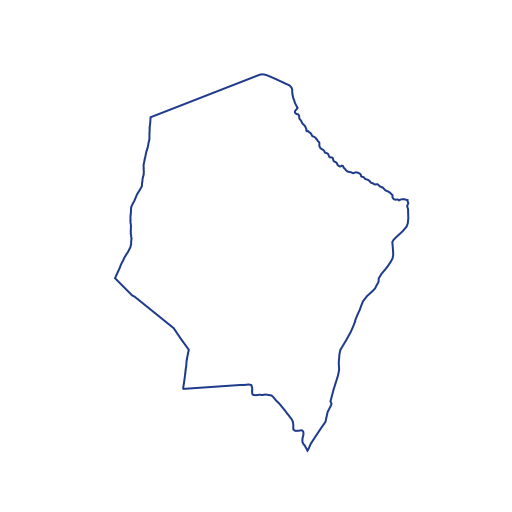 Nangade, Cabo Delgado, Mozambique (Mercator projection), rotated 134°
{"feature_id": "85939544B17838134976629", "entity_name": "Nangade", "entity_type": "district", "adm_level": 2, "iso_a3": "MOZ", "parent_name": "Mozambique", "parent_adm1": "Cabo Delgado", "projection": "mercator", "projection_center": [39.787, -11.149], "detail": "fine", "context": "isolated", "style": "outline", "palette": "blue", "viewbox_px": 512, "rotation_deg": 134, "n_neighbors": 0, "source": "geoboundaries", "source_scale": "gbopen_adm2", "svg_char_len": 6092}
<svg xmlns="http://www.w3.org/2000/svg" viewBox="0 0 512 512"><g transform="rotate(134 256 256)"><path d="M402.0,215.9L359.8,177.8L359.6,177.5L358.8,176.9L357.3,175.2L356.8,174.9L356.6,174.5L356.0,174.0L355.4,173.7L355.1,173.3L353.3,171.8L352.1,169.7L353.4,167.3L354.2,166.5L354.5,166.1L354.9,165.9L355.2,165.5L355.6,165.4L355.8,165.0L356.2,164.7L356.4,164.3L357.3,163.6L357.9,162.4L357.9,162.0L357.8,161.4L356.6,159.8L356.2,159.5L356.0,159.2L354.6,158.1L354.3,157.8L353.3,157.1L351.8,155.1L351.2,154.5L350.9,154.4L350.6,154.1L349.9,153.7L349.1,152.8L348.7,152.5L345.7,148.2L345.5,147.0L345.5,145.2L346.0,141.3L346.0,137.1L346.2,134.7L346.7,131.1L346.7,130.4L347.1,127.5L347.7,124.1L347.9,121.7L348.5,118.5L348.5,117.7L348.7,117.1L349.0,115.8L349.7,114.3L350.1,113.9L351.0,112.5L351.7,111.8L352.4,111.0L352.8,110.8L353.5,110.0L353.9,109.7L354.1,109.3L354.5,109.1L354.8,108.3L354.7,107.1L354.2,105.9L352.7,104.6L352.6,104.3L350.2,102.6L350.0,102.3L349.7,102.1L349.5,101.7L349.4,100.8L349.7,99.7L350.9,98.4L351.7,97.7L353.3,96.7L354.2,96.4L354.6,96.0L355.6,95.3L355.9,94.9L357.1,93.9L357.6,93.3L358.5,90.6L358.3,89.7L359.3,86.8L359.7,85.3L360.1,84.4L360.3,83.8L359.5,83.9L357.8,84.4L353.0,86.2L341.4,88.4L331.3,90.2L330.7,90.2L326.9,90.9L318.5,96.1L310.9,98.4L309.7,99.2L308.9,101.4L298.4,107.3L285.4,113.8L280.9,116.6L279.4,117.9L275.3,122.3L268.5,127.9L264.9,130.1L253.3,132.8L244.8,135.1L239.3,137.1L234.1,139.3L234.1,139.5L232.8,140.2L226.7,142.6L223.0,143.8L218.6,145.8L214.2,147.6L207.6,148.3L200.2,147.8L196.7,147.8L192.6,149.1L190.1,149.6L188.8,150.4L186.8,152.2L181.2,153.4L174.1,153.8L173.8,154.0L171.8,154.1L166.5,155.1L162.9,156.1L159.8,158.1L156.1,162.1L151.3,167.6L149.2,168.2L145.7,168.3L136.4,167.7L130.2,168.1L127.1,169.5L123.0,172.7L120.9,174.9L119.9,175.8L119.7,176.2L118.9,176.9L118.1,177.8L117.3,178.4L116.6,179.3L115.3,181.6L115.1,181.8L114.9,182.1L112.2,183.1L111.2,185.2L110.5,185.8L112.6,189.4L112.9,189.5L113.2,189.9L114.7,191.0L116.2,191.8L116.6,191.8L116.6,192.4L117.0,193.4L118.6,194.8L118.9,195.4L119.3,195.9L119.4,196.7L119.1,198.3L119.0,198.6L117.6,199.8L117.4,200.4L117.4,203.8L117.8,205.8L118.3,206.8L118.9,208.6L118.7,212.5L119.1,212.9L119.0,213.3L119.9,215.3L119.9,218.3L120.5,219.0L122.0,220.2L122.4,221.4L122.4,222.3L123.2,223.5L123.3,224.1L123.5,224.9L123.2,225.6L123.2,226.4L123.3,227.3L123.3,228.0L123.5,228.5L124.6,230.6L124.7,231.5L124.5,233.0L124.7,233.7L125.4,234.8L125.6,235.3L125.6,235.8L125.2,236.2L124.7,237.2L124.6,238.2L125.0,239.6L125.4,240.7L126.0,241.7L126.6,242.5L128.7,243.4L129.2,244.0L129.7,245.7L131.3,248.1L131.7,249.1L131.8,250.8L131.5,252.8L131.6,253.6L131.5,254.4L131.1,255.3L130.9,256.0L131.0,256.5L131.5,257.1L132.4,257.2L133.3,257.8L133.6,258.7L133.8,259.6L133.8,260.7L133.0,262.5L133.1,263.8L133.6,265.1L133.7,266.1L133.3,267.1L132.2,268.8L132.5,270.0L133.6,271.2L133.7,272.2L133.5,272.9L132.6,274.7L132.6,275.7L132.9,276.6L133.6,277.8L133.7,278.3L133.5,279.0L133.1,279.6L133.0,280.5L133.1,281.8L133.3,282.4L133.6,283.7L133.6,284.7L133.3,285.9L132.7,287.0L130.6,289.0L130.3,289.8L130.4,291.5L130.0,292.4L129.8,293.2L130.0,293.8L129.6,295.0L129.8,296.8L130.5,298.4L130.6,298.7L130.5,299.4L130.0,300.7L129.7,302.0L129.7,302.7L130.0,303.4L129.9,304.9L130.2,305.4L130.9,305.9L130.9,306.5L130.8,307.0L129.8,307.8L128.6,310.7L128.4,312.1L128.5,313.6L128.4,314.8L127.3,317.8L127.2,319.4L127.0,320.3L125.7,321.8L125.0,322.9L124.9,324.3L125.6,325.3L125.9,326.5L125.8,327.4L125.5,327.9L125.1,328.3L124.2,328.7L123.1,328.8L122.0,328.7L120.6,329.0L120.5,329.7L120.1,330.5L119.2,333.4L118.4,335.2L117.5,336.6L116.5,339.0L116.0,339.6L115.2,341.0L114.9,341.2L114.8,341.6L114.4,341.9L114.2,342.3L113.9,342.5L113.7,343.0L111.2,345.5L111.1,345.8L110.8,346.2L110.5,346.9L110.3,347.2L110.3,347.6L110.1,348.5L110.0,350.3L110.7,352.5L111.3,353.8L111.5,354.5L112.3,356.9L112.3,357.2L113.1,359.3L114.1,362.1L114.3,362.8L114.7,363.6L114.7,364.0L116.9,369.9L117.1,370.4L118.5,373.9L119.8,376.3L121.8,378.5L123.3,379.4L229.4,428.2L234.9,423.6L235.5,423.2L237.2,422.0L237.4,421.7L237.8,421.6L237.9,421.3L238.2,421.1L238.4,420.8L239.7,419.6L240.0,419.4L240.2,419.2L240.8,418.7L241.3,418.1L242.0,417.7L246.0,413.8L247.0,413.3L247.7,412.7L249.2,412.0L250.9,410.7L253.9,408.9L254.6,408.7L255.8,407.8L256.4,407.8L257.4,407.2L258.3,406.5L259.2,406.1L259.9,405.6L260.6,405.2L260.9,404.9L263.6,403.4L263.9,403.1L265.1,402.4L265.5,402.1L268.3,400.3L269.8,399.0L270.6,398.0L270.9,397.9L271.0,397.6L271.9,396.8L272.1,396.5L272.4,396.3L273.0,395.5L274.2,394.4L274.9,394.0L275.1,393.6L276.4,392.8L277.4,392.4L277.7,392.1L279.9,390.8L280.4,390.2L282.0,389.0L282.4,388.9L283.9,387.6L284.2,387.4L284.4,387.1L285.0,386.7L286.3,386.2L290.3,385.2L292.9,384.8L293.9,384.4L294.3,384.4L300.9,381.8L305.3,380.6L307.3,379.8L307.6,379.5L308.2,379.3L311.1,376.6L311.8,376.0L312.4,375.7L312.6,375.4L313.7,374.5L314.1,374.4L315.2,373.3L315.5,373.1L315.7,372.8L316.0,372.6L316.2,372.3L316.5,372.1L316.7,371.8L317.3,371.3L317.6,371.1L317.7,370.8L318.0,370.7L318.2,370.4L319.1,369.6L319.6,369.0L319.7,368.7L320.2,368.0L321.8,366.2L322.3,366.0L323.3,364.9L324.8,363.7L324.9,363.4L325.2,363.3L326.1,362.4L326.4,362.0L326.7,361.9L328.3,359.7L328.7,359.4L329.9,357.6L330.3,357.5L331.6,356.3L332.2,356.0L334.5,353.8L335.2,353.6L335.5,353.3L337.1,352.4L338.6,351.9L339.0,351.9L340.1,351.4L340.4,351.4L342.8,350.7L345.1,350.4L346.8,349.9L347.3,349.9L348.4,349.5L348.7,349.5L349.9,349.1L351.6,348.4L353.0,348.1L355.3,347.4L357.4,346.6L358.6,346.0L369.9,342.0L370.4,317.7L369.6,315.2L365.1,265.1L367.8,252.4L370.1,239.3L371.1,238.6L371.4,238.3L372.8,237.7L373.0,237.4L373.5,237.2L373.7,236.9L376.2,235.4L376.6,235.1L377.7,234.5L377.8,234.2L378.9,233.6L379.2,233.3L379.5,233.2L379.9,232.8L380.4,232.6L380.6,232.3L381.6,231.4L384.4,229.2L384.7,229.1L384.9,228.8L385.7,228.4L385.9,228.1L387.1,227.4L387.3,227.0L388.4,226.3L388.8,225.9L389.2,225.7L389.4,225.4L389.9,225.2L390.1,224.9L390.8,224.5L391.1,224.2L391.7,223.8L393.2,222.6L393.9,222.2L394.8,221.4L395.1,221.3L397.8,219.3L398.5,218.9L399.5,218.1L400.9,217.2L401.8,216.4L402.0,215.9Z" fill="none" stroke="#1e3a8a" stroke-width="2"/></g></svg>